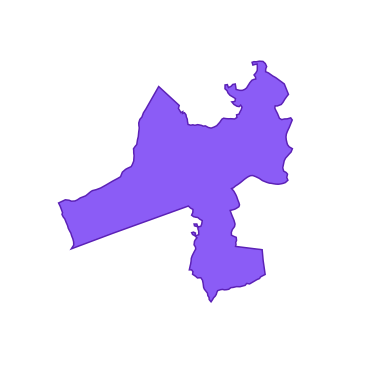 Cajari, Maranhão, Brazil (Albers equal-area conic projection), rotated 331°
{"feature_id": "56859067B3891057175323", "entity_name": "Cajari", "entity_type": "district", "adm_level": 2, "iso_a3": "BRA", "parent_name": "Brazil", "parent_adm1": "Maranhão", "projection": "albers", "projection_center": [-45.03, -3.406], "detail": "fine", "context": "isolated", "style": "filled", "palette": "violet", "viewbox_px": 384, "rotation_deg": 331, "n_neighbors": 0, "source": "geoboundaries", "source_scale": "gbopen_adm2", "svg_char_len": 3926}
<svg xmlns="http://www.w3.org/2000/svg" viewBox="0 0 384 384"><g transform="rotate(331 192 192)"><path d="M317.4,112.2L314.3,110.2L311.2,109.2L309.3,108.0L307.4,107.7L306.8,110.5L309.0,111.0L311.0,111.7L310.0,113.9L308.0,117.3L305.6,118.8L303.0,119.7L303.3,122.3L302.5,124.1L300.8,123.5L298.6,123.3L295.7,124.4L290.1,127.5L287.7,127.8L285.3,127.5L283.1,126.3L280.3,123.7L281.4,120.8L282.2,118.5L279.8,117.7L277.5,118.5L274.5,118.3L275.0,115.2L272.8,114.4L270.9,117.7L271.8,120.4L271.5,122.8L272.1,125.8L273.3,127.8L275.3,131.4L273.4,133.6L270.5,132.5L271.1,135.7L272.9,138.8L274.7,140.2L276.7,139.6L276.9,142.0L274.9,143.9L273.1,145.0L270.8,146.7L268.4,146.1L267.4,148.6L264.7,148.8L261.5,146.7L259.3,145.6L257.2,144.2L255.5,142.8L253.5,142.8L250.1,144.5L245.8,146.0L243.0,145.9L239.7,145.4L237.5,143.4L235.8,140.7L233.7,139.8L232.6,138.3L229.6,135.8L226.9,135.1L225.3,133.6L223.3,133.0L221.3,131.0L222.3,128.0L223.2,126.0L223.4,123.8L224.2,121.4L223.8,119.0L221.9,118.7L222.9,117.2L220.8,117.2L220.8,115.2L220.6,112.3L222.8,110.1L214.0,83.6L192.0,97.0L187.9,99.2L184.6,102.1L181.6,103.2L178.9,105.8L177.8,108.0L177.0,110.2L175.9,111.8L174.4,113.8L172.9,116.0L171.8,117.6L169.7,119.8L166.7,123.7L164.5,124.5L161.8,125.8L161.1,127.5L160.0,129.5L159.0,132.1L156.0,136.7L152.9,139.2L151.1,140.3L146.9,140.0L144.8,140.0L140.7,140.9L136.9,144.0L133.4,144.1L127.9,144.0L119.8,144.2L114.0,144.2L109.3,143.5L105.5,142.5L103.5,142.6L97.2,143.8L91.4,143.0L87.9,143.3L85.3,143.1L82.1,141.6L80.5,139.6L77.4,137.4L70.0,136.9L69.8,140.6L68.8,147.2L67.4,148.6L67.3,151.5L67.7,153.8L67.2,157.6L66.9,160.9L66.2,163.8L66.1,166.7L66.1,169.3L65.5,171.9L65.1,175.1L64.3,178.2L62.8,181.1L58.9,183.2L73.0,185.3L102.6,189.7L182.0,202.5L183.0,205.5L184.4,207.7L182.8,210.3L180.4,212.1L181.4,214.3L183.1,215.9L184.7,217.1L185.7,219.7L187.1,222.0L184.9,224.8L183.0,226.3L180.2,225.3L179.3,227.2L178.9,229.3L177.2,232.6L173.4,231.9L174.1,234.5L172.1,235.2L170.3,236.3L168.2,239.2L168.4,241.7L167.6,243.7L165.3,245.1L163.2,246.5L161.2,247.9L159.2,249.7L157.7,252.0L155.9,254.3L154.0,256.4L151.9,258.8L153.9,259.9L154.2,262.1L152.6,264.2L154.3,267.5L155.1,269.8L158.1,271.2L158.4,274.2L157.5,277.1L155.9,281.1L155.7,283.0L156.5,287.9L155.6,290.4L155.8,292.4L154.9,294.4L155.4,297.3L157.8,296.1L159.6,295.0L161.9,294.3L163.6,293.3L165.0,291.9L166.6,290.7L169.7,291.3L171.5,292.0L172.9,293.3L174.9,294.2L177.0,294.9L179.6,294.5L181.7,295.4L185.0,296.3L188.0,298.1L193.2,299.4L195.5,298.5L197.8,300.3L202.7,300.2L206.2,300.1L209.1,300.4L210.7,299.5L213.3,299.5L216.0,299.6L221.1,286.2L225.4,276.5L223.4,275.0L221.4,273.6L203.7,260.7L205.0,259.3L205.8,257.3L207.5,255.9L208.7,253.1L207.0,251.0L205.6,248.9L206.8,246.4L209.1,244.4L212.4,242.9L214.1,240.9L215.0,237.2L215.4,233.6L215.7,231.0L216.4,226.6L218.5,227.2L221.1,227.8L223.1,227.8L225.9,227.6L227.3,226.3L227.8,224.3L228.2,221.2L228.8,217.9L229.0,215.9L229.0,211.7L228.3,208.1L230.1,208.4L233.0,207.8L235.2,207.7L238.8,207.3L244.0,206.3L247.4,205.9L249.3,205.9L251.2,206.1L253.2,207.1L255.2,209.5L257.4,212.6L259.1,216.1L260.7,218.1L262.0,219.7L263.9,221.7L265.5,222.8L267.3,224.3L269.4,225.9L271.6,227.2L274.4,228.2L276.2,228.7L278.3,229.0L281.6,228.2L281.9,225.2L284.2,222.7L283.8,220.6L282.3,218.2L283.1,214.8L285.2,212.4L287.8,209.4L290.3,207.7L293.2,206.7L295.4,205.9L298.0,205.1L300.8,202.8L298.9,199.6L298.5,196.9L298.9,195.0L299.7,192.2L300.9,189.4L302.7,187.0L305.2,184.9L308.3,182.7L314.6,177.6L314.3,175.0L310.8,174.2L308.2,172.9L305.6,172.2L304.2,170.0L304.8,164.8L304.9,161.2L305.1,158.7L306.5,157.0L308.3,158.1L312.5,158.7L315.2,157.6L317.9,156.0L321.2,154.4L323.7,153.4L325.1,142.2L322.5,136.5L320.7,132.6L318.9,129.7L316.6,124.9L314.7,122.5L316.2,120.0L318.1,118.5L318.4,115.2L317.4,112.2ZM173.4,231.9L175.1,229.6L173.9,227.8L172.0,227.4L171.9,229.4L173.4,231.9ZM180.2,225.3L180.7,222.3L178.3,221.0L177.8,222.8L180.2,225.3Z" fill="#8b5cf6" stroke="#5b21b6" stroke-width="1.5"/></g></svg>